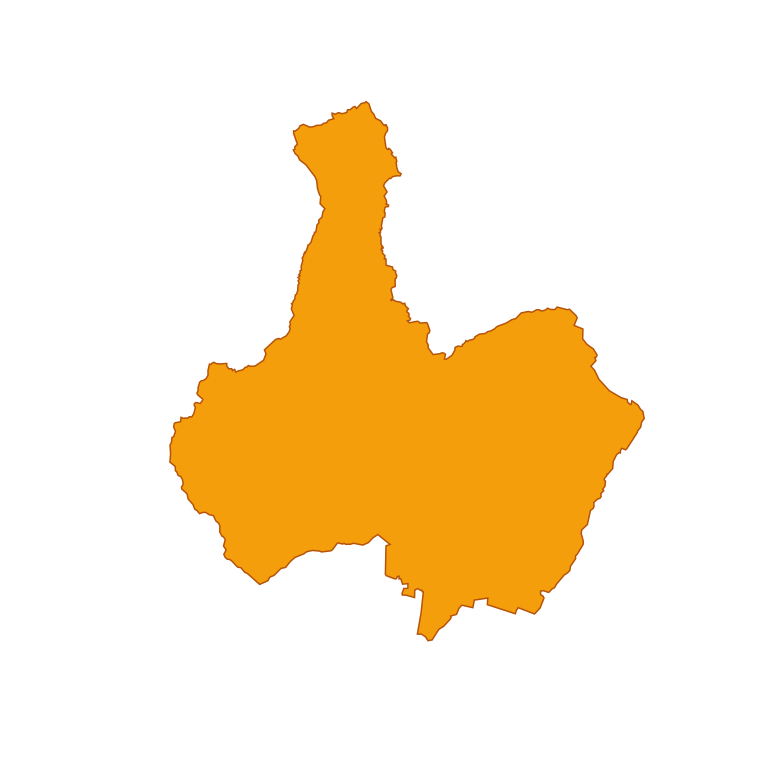 outline of Vidra, Vrancea, Romania, rotated 67°
{"feature_id": "2599482B20298155706242", "entity_name": "Vidra", "entity_type": "district", "adm_level": 2, "iso_a3": "ROU", "parent_name": "Romania", "parent_adm1": "Vrancea", "projection": "orthographic", "projection_center": [26.88, 45.916], "detail": "fine", "context": "isolated", "style": "filled", "palette": "amber", "viewbox_px": 768, "rotation_deg": 67, "n_neighbors": 0, "source": "geoboundaries", "source_scale": "gbopen_adm2", "svg_char_len": 6170}
<svg xmlns="http://www.w3.org/2000/svg" viewBox="0 0 768 768"><g transform="rotate(67 384 384)"><path d="M519.9,576.8L519.7,567.7L517.2,564.6L517.2,559.9L513.5,550.8L514.4,546.3L510.9,539.8L508.9,534.0L509.0,523.9L508.2,521.0L509.2,515.0L512.6,508.6L514.2,507.1L516.8,498.1L516.4,496.1L512.3,489.2L512.7,487.7L515.1,484.8L515.2,483.0L516.6,481.9L518.4,477.4L518.7,474.3L524.0,466.4L523.9,460.3L521.3,454.5L520.2,448.5L534.1,441.1L533.8,445.4L559.7,457.1L561.3,456.8L567.8,450.0L568.0,448.5L566.4,446.9L566.9,445.2L569.2,446.3L569.8,444.7L575.5,445.1L577.1,440.0L581.1,441.7L581.2,442.7L579.9,445.6L583.8,449.2L585.4,449.6L586.8,446.5L592.5,439.3L585.7,436.2L585.5,432.9L588.3,430.9L588.8,429.6L590.2,429.9L590.7,429.0L609.0,439.2L627.3,451.0L628.8,447.3L633.1,444.5L637.5,443.8L638.4,439.7L631.2,429.3L630.4,423.8L626.3,414.9L625.1,413.4L623.7,413.3L624.4,407.2L620.0,402.9L618.0,398.8L624.6,389.6L618.2,385.3L621.6,372.1L627.5,375.1L646.8,352.9L644.2,350.7L642.3,347.9L654.5,335.3L651.2,327.9L643.5,320.3L641.1,320.6L639.2,322.2L635.8,320.8L636.6,317.9L640.0,314.2L640.0,313.1L638.3,309.4L638.2,306.7L635.8,303.7L630.1,292.5L629.7,289.2L628.1,285.6L624.8,283.8L619.7,275.9L617.2,275.0L616.1,272.5L609.4,263.3L606.8,262.0L598.7,260.9L595.6,259.1L592.8,251.7L581.0,243.3L580.4,240.4L579.0,238.7L575.0,237.1L573.5,232.9L573.5,229.8L572.4,228.1L569.6,227.2L568.1,223.4L566.3,223.8L564.4,220.5L559.9,218.1L558.2,218.8L556.9,217.8L555.4,214.7L554.1,214.1L554.5,213.4L551.2,206.6L544.8,203.2L540.0,197.6L539.0,194.4L539.8,193.4L537.5,192.2L536.1,190.3L539.0,187.3L538.2,185.4L527.7,169.9L526.1,168.6L524.2,164.8L519.6,161.6L517.5,158.0L510.3,156.4L508.0,157.7L502.6,158.5L496.3,162.4L499.4,164.6L499.0,165.4L496.1,166.9L493.3,166.2L489.1,171.2L478.3,179.2L463.8,184.3L453.6,184.8L448.5,186.6L445.3,179.8L442.0,179.6L442.1,177.8L440.4,176.5L433.5,177.6L426.8,181.7L420.1,183.5L411.1,179.4L404.4,186.1L398.6,180.3L395.8,180.6L387.6,184.1L387.2,186.3L380.8,194.6L382.3,197.4L380.3,201.8L378.1,203.9L379.0,206.7L378.6,209.6L377.9,211.1L376.3,212.0L375.3,214.5L375.8,219.8L373.6,222.9L372.2,230.0L375.3,237.2L374.7,241.0L375.7,247.9L375.2,257.1L376.5,261.2L376.9,265.4L376.3,267.7L377.0,271.3L375.4,276.7L376.1,281.8L377.3,282.7L377.7,285.0L377.0,288.6L377.5,290.4L376.1,291.6L377.1,292.5L378.4,295.6L378.2,296.4L379.7,297.0L379.6,298.3L378.0,301.0L378.1,304.3L380.6,305.6L384.2,310.3L385.6,317.4L384.7,318.6L380.7,315.8L379.1,316.7L378.0,318.1L377.9,321.0L376.1,327.2L375.5,327.5L368.0,329.2L365.0,328.0L361.9,328.4L355.1,324.5L354.6,322.5L352.7,320.9L345.3,320.4L344.1,320.8L341.9,327.3L340.2,327.6L339.2,329.0L337.6,336.7L335.0,337.8L335.4,335.4L334.2,334.0L331.0,335.0L330.1,333.7L328.2,333.7L326.7,334.7L325.4,334.2L324.3,332.1L320.5,333.8L317.7,333.4L317.6,335.4L315.3,336.6L312.2,341.2L310.0,342.5L310.1,344.6L309.3,344.9L308.1,342.1L299.7,340.7L298.5,338.9L298.6,335.6L291.6,332.7L291.3,331.4L289.2,329.8L286.7,330.1L284.5,329.1L282.3,331.0L279.6,330.5L275.4,335.7L269.7,333.3L268.9,334.3L269.3,335.1L266.4,333.0L262.9,334.3L260.7,333.2L259.7,334.2L258.6,333.7L258.8,331.4L258.1,333.1L257.3,332.6L257.5,331.4L254.4,332.2L247.4,329.3L246.6,329.8L244.4,328.9L243.0,329.5L242.9,327.8L240.0,327.0L240.9,326.1L240.1,325.1L237.5,324.7L230.5,320.0L230.6,318.1L230.0,317.7L227.0,316.1L225.9,316.6L222.1,314.3L221.6,313.0L222.4,310.6L221.1,309.9L219.1,311.9L218.5,310.8L215.9,310.1L211.0,310.4L208.4,306.1L201.4,307.0L199.4,304.9L196.7,298.4L197.5,297.5L196.5,295.2L197.2,291.3L198.7,287.8L197.2,286.1L194.1,288.0L189.8,287.7L184.4,286.1L184.2,285.3L179.9,284.5L180.1,285.6L176.3,287.1L174.7,287.1L174.6,285.8L170.3,286.6L169.0,287.7L169.7,288.3L169.3,289.2L167.1,289.8L156.8,287.1L153.8,284.4L152.2,281.8L149.7,280.6L146.2,280.8L145.9,281.6L146.6,281.8L145.4,283.2L140.4,284.3L136.1,288.0L132.0,287.9L128.0,289.1L120.3,288.4L117.0,290.2L117.6,291.4L116.9,295.4L119.7,301.6L117.2,302.3L117.1,304.4L118.3,307.9L117.4,310.4L119.5,312.2L118.9,316.8L116.4,319.9L116.6,323.6L114.4,325.9L116.6,326.9L120.2,326.6L119.5,332.0L121.1,335.0L120.5,337.5L121.1,341.0L119.5,345.2L119.6,348.3L118.6,351.9L113.5,356.8L113.5,360.4L115.4,362.6L116.2,365.7L116.4,367.5L115.7,368.3L118.2,369.3L129.5,370.0L130.6,373.2L133.1,374.4L133.1,376.0L137.4,375.7L140.4,374.2L144.7,374.1L151.8,370.2L166.4,366.5L170.2,366.5L178.0,368.8L184.7,369.5L186.5,368.9L193.1,372.4L199.6,369.9L201.5,372.8L206.2,376.0L207.6,380.0L210.3,381.0L211.3,383.4L217.4,387.3L217.2,388.8L218.5,389.2L219.7,391.3L225.2,396.0L226.4,398.5L226.3,399.4L231.2,403.6L231.7,405.6L232.6,405.2L233.1,407.2L234.9,408.1L236.0,410.1L238.3,410.3L243.5,414.4L246.9,415.5L247.1,417.2L248.4,417.3L250.4,419.9L251.2,418.9L251.9,419.2L252.3,421.6L254.6,420.9L255.5,422.8L258.0,422.6L259.2,424.4L264.0,426.8L267.2,429.4L267.4,430.8L271.5,433.4L271.9,434.9L273.3,435.7L273.9,437.8L275.4,437.5L278.6,439.9L285.8,440.0L289.8,446.2L293.0,447.2L294.3,448.8L295.9,448.6L298.5,450.5L301.4,454.9L302.3,462.0L301.0,463.0L300.6,466.2L305.9,480.8L310.1,480.8L315.1,485.6L317.1,495.7L315.7,499.7L313.9,501.7L314.7,503.0L314.5,505.5L315.8,508.4L315.0,512.9L315.3,515.7L312.2,515.8L312.5,518.2L310.4,518.2L309.4,520.9L305.9,521.7L303.6,520.7L301.5,527.1L299.7,530.4L297.6,532.1L297.6,534.3L298.4,535.7L297.5,536.9L302.7,540.7L307.2,542.6L309.6,545.7L310.1,548.8L309.7,551.4L310.4,553.1L314.9,556.7L317.2,557.5L319.4,559.8L321.2,559.7L327.1,556.8L328.2,557.5L330.1,560.7L327.5,564.4L328.0,566.2L329.2,567.0L331.9,566.8L336.9,570.6L339.2,573.8L338.1,576.0L338.7,578.5L337.5,580.4L337.6,581.6L335.4,583.8L339.3,586.1L338.1,591.2L338.4,592.4L341.3,594.4L346.2,594.5L350.4,598.3L350.3,600.0L354.6,602.4L356.6,604.8L365.0,607.8L372.3,611.6L378.2,608.4L382.4,609.9L383.9,609.1L387.8,609.2L389.7,607.3L393.0,606.9L396.6,607.6L398.2,608.4L399.7,610.7L401.7,611.2L408.0,608.2L413.5,609.2L420.4,606.9L425.4,607.1L427.3,605.6L431.2,604.5L431.5,600.7L432.5,598.3L435.8,596.2L438.5,592.5L444.5,592.2L447.8,590.5L450.9,590.7L456.0,593.0L460.6,592.7L461.6,591.6L465.2,590.9L470.4,595.0L475.1,594.2L478.2,598.0L481.7,597.9L484.1,596.7L485.2,594.7L487.1,593.4L495.4,590.3L497.2,587.5L502.8,585.8L505.4,583.6L519.9,576.8Z" fill="#f59e0b" stroke="#b45309" stroke-width="1.5"/></g></svg>